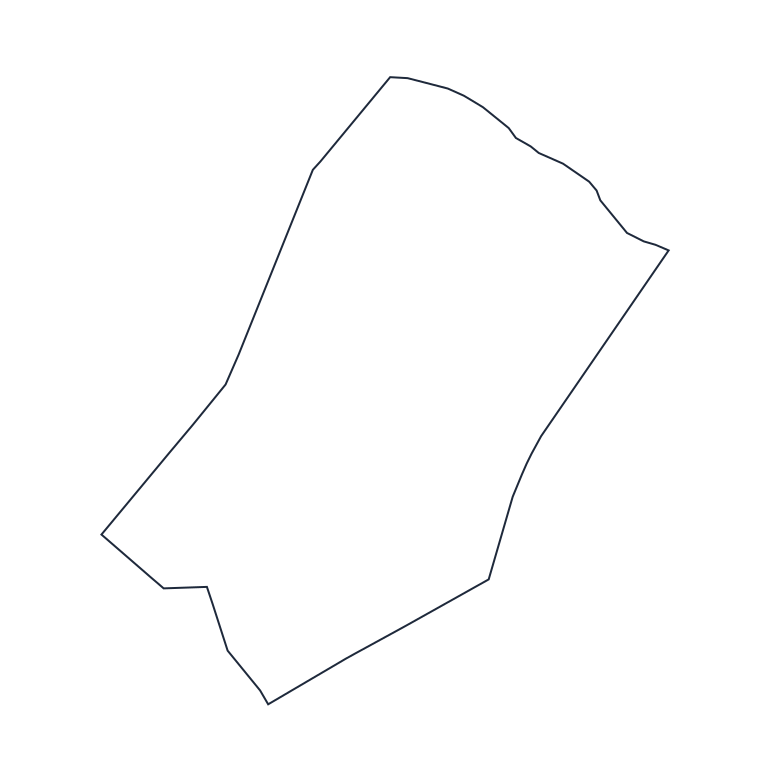 Matias Olímpio, Piauí, Brazil, rotated 83°
{"feature_id": "56859067B98768329388642", "entity_name": "Matias Olímpio", "entity_type": "district", "adm_level": 2, "iso_a3": "BRA", "parent_name": "Brazil", "parent_adm1": "Piauí", "projection": "orthographic", "projection_center": [-42.594, -3.708], "detail": "fine", "context": "isolated", "style": "outline", "palette": "slate", "viewbox_px": 768, "rotation_deg": 83, "n_neighbors": 0, "source": "geoboundaries", "source_scale": "gbopen_adm2", "svg_char_len": 651}
<svg xmlns="http://www.w3.org/2000/svg" viewBox="0 0 768 768"><g transform="rotate(83 384 384)"><path d="M80.2,340.5L155.5,420.1L162.7,428.5L337.1,524.7L365.2,541.3L400.9,578.4L425.8,605.1L499.0,682.8L546.3,640.1L560.0,627.6L563.8,584.5L581.5,580.9L629.6,571.7L673.1,544.3L687.8,538.0L652.0,455.4L648.2,446.0L627.1,392.9L590.7,303.9L511.6,270.0L490.7,258.2L480.4,252.1L471.1,246.0L454.9,234.4L286.1,85.2L278.9,97.6L274.1,108.8L263.7,124.4L228.1,146.9L217.9,149.4L208.2,155.7L187.1,179.5L173.6,202.2L166.1,209.4L155.9,223.1L145.2,229.0L121.3,252.1L107.6,269.6L98.5,284.7L83.3,323.3L80.2,340.5Z" fill="none" stroke="#1e293b" stroke-width="2"/></g></svg>